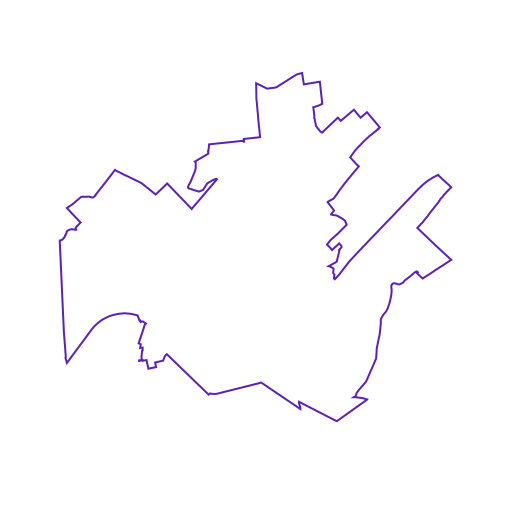 Ovidiu, Constanta, Romania (orthographic projection), rotated 172°
{"feature_id": "2599482B69987061375361", "entity_name": "Ovidiu", "entity_type": "district", "adm_level": 2, "iso_a3": "ROU", "parent_name": "Romania", "parent_adm1": "Constanta", "projection": "orthographic", "projection_center": [28.5, 44.253], "detail": "fine", "context": "isolated", "style": "outline", "palette": "violet", "viewbox_px": 512, "rotation_deg": 172, "n_neighbors": 0, "source": "geoboundaries", "source_scale": "gbopen_adm2", "svg_char_len": 5843}
<svg xmlns="http://www.w3.org/2000/svg" viewBox="0 0 512 512"><g transform="rotate(172 256 256)"><path d="M127.1,200.1L126.7,201.9L126.4,203.7L126.3,206.8L126.2,207.4L125.9,208.1L125.6,208.7L124.8,209.3L124.2,209.7L123.4,209.8L123.0,209.8L122.4,209.7L120.9,209.0L119.4,208.3L118.5,208.0L117.8,207.9L114.2,209.1L112.1,211.1L106.0,214.5L101.4,217.5L99.3,218.4L98.9,218.4L98.6,218.1L98.0,217.3L99.1,216.8L99.1,216.7L94.1,210.5L93.0,211.1L92.7,211.2L86.2,214.1L80.6,216.9L63.2,225.0L77.4,242.4L92.3,261.3L91.3,262.2L89.3,263.8L88.4,264.6L88.0,265.0L87.7,265.1L87.4,265.2L85.3,267.1L83.6,268.8L81.2,271.0L80.1,271.9L79.5,272.7L77.2,275.0L71.8,280.1L70.7,281.2L70.1,281.7L68.6,283.2L67.7,284.1L66.9,285.0L66.2,285.7L65.6,286.6L65.3,286.9L64.2,287.8L63.8,288.0L63.1,288.5L62.2,289.6L62.0,289.8L61.8,290.0L61.2,290.6L60.3,291.2L59.8,291.6L59.6,291.8L59.3,292.1L59.0,292.4L57.6,293.4L56.7,294.1L54.5,295.8L53.1,296.8L53.6,297.5L56.4,301.0L59.6,304.8L61.5,307.2L64.0,310.3L64.3,311.0L69.8,309.1L76.0,306.3L81.1,303.2L86.2,299.5L98.2,290.0L112.4,278.8L114.6,277.0L128.6,266.1L131.1,264.1L154.3,245.8L160.9,240.4L164.5,237.5L176.9,225.4L181.2,222.0L181.7,222.6L181.9,223.2L180.9,226.7L181.8,228.0L182.0,228.5L181.4,230.9L181.0,232.1L181.0,232.5L181.3,233.0L181.7,233.5L183.6,234.9L184.5,235.4L185.5,235.8L178.0,238.6L176.8,239.3L172.6,249.9L173.0,250.4L170.5,252.4L170.1,252.8L169.9,253.5L170.2,254.5L172.0,256.9L172.7,256.3L178.9,252.0L179.8,251.3L181.8,254.4L184.1,257.5L179.7,261.6L177.5,263.0L171.7,266.9L161.9,274.3L162.6,277.3L162.8,278.1L163.6,279.3L165.7,281.2L166.7,282.0L169.6,284.3L171.3,285.2L174.0,285.8L175.9,286.7L175.9,286.8L173.3,289.3L172.4,290.2L177.6,299.4L177.6,299.6L171.3,302.0L171.0,302.2L168.6,304.7L167.5,305.8L163.7,309.9L159.6,314.0L158.3,315.3L156.0,317.5L152.8,320.4L152.1,321.0L151.3,321.8L150.5,322.5L150.3,322.7L148.0,324.8L143.4,328.9L141.7,330.5L143.6,332.7L149.0,340.5L143.2,346.7L140.0,349.3L136.4,352.1L133.5,354.4L129.8,357.0L127.0,359.0L125.3,359.9L123.0,361.3L120.9,362.5L118.9,363.7L117.3,364.6L117.5,364.9L116.3,365.6L115.6,366.1L118.0,370.1L126.1,382.9L133.2,378.4L138.7,387.2L138.9,387.1L153.3,378.0L155.5,381.5L155.9,381.6L156.1,381.3L173.3,369.1L173.5,369.2L173.9,369.3L174.5,369.9L174.8,370.2L175.0,370.4L176.4,372.8L177.2,374.1L178.5,376.5L178.6,379.4L178.8,381.6L178.9,384.0L179.1,384.3L179.1,384.8L178.9,385.1L178.8,386.4L178.6,390.8L178.6,395.3L178.1,395.3L175.7,395.8L175.0,396.0L174.0,396.1L171.7,396.6L170.9,396.9L170.3,397.2L169.2,397.5L168.5,419.7L184.7,419.3L184.9,430.8L190.2,430.2L195.7,427.8L212.4,420.2L212.8,420.2L213.8,420.1L221.4,420.2L221.7,420.2L221.9,420.3L225.4,422.7L231.8,427.1L233.7,411.7L233.8,409.7L233.8,408.7L234.4,397.0L234.8,389.4L235.4,373.1L251.8,373.6L251.9,372.4L251.9,371.8L251.8,371.0L252.1,370.8L253.3,371.9L253.7,371.9L286.9,373.1L288.3,367.6L288.4,367.2L288.4,366.7L288.5,366.4L288.9,366.4L288.9,364.1L290.1,363.5L295.2,361.4L303.1,358.2L303.5,358.0L303.2,357.6L302.9,357.2L302.8,356.9L302.8,356.3L303.5,351.3L304.6,348.6L307.8,343.1L310.5,338.5L312.7,335.6L313.4,334.5L313.7,334.0L313.8,333.5L313.7,333.1L313.5,332.6L313.1,332.3L307.0,329.3L303.7,327.8L303.5,327.7L299.3,328.8L299.1,329.0L296.4,332.1L294.1,334.7L291.8,335.7L286.9,337.6L284.6,337.9L284.0,337.3L284.0,337.2L285.4,336.2L305.3,318.5L310.8,313.7L313.1,311.5L333.9,340.2L339.9,335.8L345.2,332.0L346.8,330.9L347.2,331.3L348.2,332.3L356.6,341.3L358.9,343.8L359.9,344.6L362.9,346.6L372.7,353.2L374.9,354.6L376.5,355.7L378.9,357.4L381.5,359.1L383.1,360.3L383.6,360.9L383.9,360.6L395.7,349.1L405.8,339.4L406.6,338.2L407.0,338.3L407.6,337.6L408.7,336.9L409.2,336.7L409.7,336.7L410.1,336.7L410.5,336.9L411.5,337.3L412.6,337.8L413.7,338.2L414.7,338.2L418.0,338.5L418.6,338.8L418.9,338.9L421.0,338.8L430.1,333.1L430.3,332.9L434.0,331.1L436.6,329.8L433.2,325.0L426.6,315.7L425.0,313.6L425.5,313.3L430.1,309.6L430.5,309.2L430.4,309.0L430.7,308.3L430.4,307.1L431.1,307.1L431.6,307.2L432.5,307.5L433.0,307.7L433.5,307.8L433.8,307.8L434.0,308.0L434.3,308.1L435.1,308.2L437.3,308.0L438.5,307.5L440.0,306.7L440.5,305.0L440.6,304.9L441.1,304.3L441.3,304.1L441.6,303.6L441.6,303.3L441.8,303.0L442.3,302.7L442.6,302.2L442.6,301.8L442.7,301.6L443.2,301.0L443.6,300.8L443.8,300.6L444.0,300.6L444.2,300.4L444.4,300.2L444.7,299.8L445.1,299.4L445.8,299.0L446.5,298.9L447.2,298.7L447.7,298.6L448.2,298.6L456.8,207.8L458.4,182.2L458.9,181.7L458.1,176.4L452.6,182.0L447.8,186.9L430.9,204.1L428.9,206.1L426.6,208.3L424.5,209.9L422.3,211.4L419.0,213.3L417.5,214.1L416.0,214.7L414.1,215.4L410.0,216.7L407.2,217.3L400.7,217.9L394.1,217.6L387.7,216.1L381.6,213.7L380.3,208.2L379.8,208.3L379.5,206.6L378.3,207.0L378.0,207.1L377.7,207.1L377.4,207.0L377.1,206.9L376.9,206.7L375.6,205.5L374.4,204.4L375.9,203.2L378.1,198.4L384.4,185.8L382.4,184.7L382.4,184.4L383.3,182.0L383.6,181.1L382.8,181.2L381.0,181.0L381.4,178.4L381.8,178.4L383.5,172.1L383.5,169.1L386.4,168.9L386.4,168.4L382.6,168.5L382.6,168.0L378.9,168.2L378.8,166.9L378.3,159.4L370.4,159.9L370.7,164.6L362.5,165.3L360.5,169.0L359.5,170.2L358.0,171.2L331.8,137.6L327.9,132.7L322.2,125.3L321.2,126.0L320.9,126.2L320.6,126.3L319.0,125.7L318.7,125.6L317.9,125.5L316.5,125.2L314.7,125.0L313.0,125.1L296.4,126.9L270.8,129.6L268.5,130.0L233.4,98.3L233.3,99.0L233.3,100.4L233.4,101.4L233.7,102.9L233.9,104.3L233.8,104.9L233.6,105.7L231.4,104.0L226.2,100.3L221.9,97.3L217.7,94.3L213.0,91.0L199.4,81.4L198.9,81.2L166.2,98.2L165.9,98.5L169.2,100.0L171.6,100.8L176.3,102.1L178.0,102.5L178.9,102.6L178.5,102.8L177.2,102.6L175.6,106.0L174.5,107.3L172.8,109.0L167.3,113.8L165.4,115.5L164.3,116.6L162.9,118.8L159.2,124.9L154.9,131.8L151.3,137.8L150.4,142.0L149.2,148.1L148.3,150.5L146.2,156.4L144.4,161.3L142.0,171.0L141.6,173.3L141.2,176.1L139.4,178.5L137.8,180.3L135.0,182.9L132.8,185.9L130.1,191.4L128.3,196.1L127.5,198.5L127.1,200.1Z" fill="none" stroke="#5b21b6" stroke-width="2"/></g></svg>